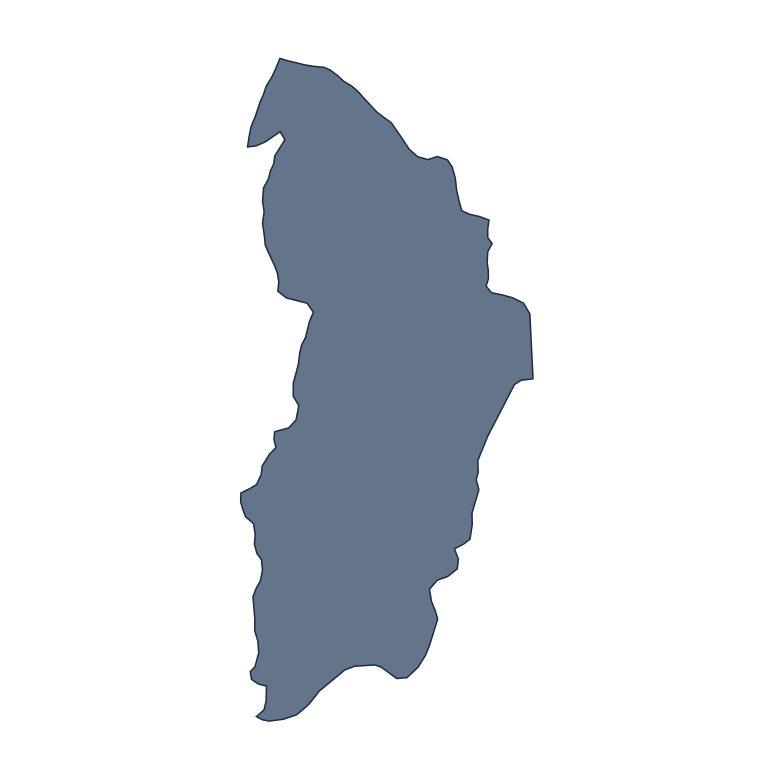 Ibirarema, São Paulo, Brazil (orthographic projection), rotated 357°
{"feature_id": "56859067B25335927627564", "entity_name": "Ibirarema", "entity_type": "district", "adm_level": 2, "iso_a3": "BRA", "parent_name": "Brazil", "parent_adm1": "São Paulo", "projection": "orthographic", "projection_center": [-50.087, -22.811], "detail": "fine", "context": "isolated", "style": "filled", "palette": "slate", "viewbox_px": 768, "rotation_deg": 357, "n_neighbors": 0, "source": "geoboundaries", "source_scale": "gbopen_adm2", "svg_char_len": 2085}
<svg xmlns="http://www.w3.org/2000/svg" viewBox="0 0 768 768"><g transform="rotate(357 384 384)"><path d="M297.1,53.4L292.6,63.0L288.4,70.9L281.8,80.8L278.5,89.2L275.2,95.5L269.4,110.2L264.5,120.6L262.0,131.0L260.1,140.1L268.5,139.6L278.5,135.8L293.4,126.6L297.8,134.8L291.7,143.6L286.9,150.5L285.4,158.3L281.8,165.2L279.2,173.4L274.0,181.7L272.3,194.9L273.3,205.8L271.1,217.1L272.3,230.1L272.7,239.3L276.5,249.2L280.7,259.5L283.3,267.4L284.3,276.7L282.8,285.8L291.0,292.9L302.4,296.5L311.5,299.3L317.2,308.7L312.5,318.6L308.1,333.3L303.7,340.9L301.5,348.5L299.4,360.1L296.8,368.3L293.5,378.2L292.7,391.3L297.8,401.2L294.3,415.2L286.6,422.8L272.3,425.9L271.2,433.4L272.7,441.8L266.0,448.1L258.1,459.3L256.6,468.1L251.4,477.8L244.1,481.6L235.4,485.4L234.7,494.2L236.4,501.7L238.7,509.3L246.4,516.5L247.5,527.7L246.2,537.1L248.2,546.5L252.5,553.3L252.9,563.7L250.1,574.4L246.0,580.7L242.0,589.5L242.4,602.5L242.7,611.8L242.0,623.6L244.6,634.4L244.8,645.9L240.4,659.5L235.4,664.3L236.2,672.0L242.7,677.0L250.8,679.6L249.7,694.3L247.1,703.1L239.2,709.5L245.0,713.0L252.1,714.6L266.1,713.5L279.3,709.8L286.9,704.2L292.7,699.4L303.4,687.2L330.1,667.4L340.0,664.3L360.1,664.1L366.4,666.6L381.2,678.8L391.5,678.5L403.2,668.6L411.3,657.0L415.7,647.6L425.3,621.6L423.4,613.4L420.1,603.8L418.6,591.4L427.0,582.7L437.4,579.6L447.5,572.5L449.1,562.6L445.7,552.3L455.5,547.8L461.8,543.4L464.8,528.8L465.1,517.6L469.1,506.2L473.2,494.7L471.1,484.3L473.5,477.1L473.6,465.6L484.9,441.5L514.2,391.4L521.2,387.4L533.1,386.6L533.3,321.5L527.5,310.5L516.4,304.4L505.8,300.9L496.2,298.5L491.1,291.7L493.8,284.2L494.1,276.3L493.4,268.2L494.5,257.5L499.3,249.3L495.3,243.3L495.6,235.4L497.4,225.8L488.3,221.8L478.4,219.0L470.7,215.0L468.6,205.1L466.7,194.4L466.0,182.5L463.5,171.0L459.1,163.5L449.1,159.6L439.5,162.2L429.4,158.7L421.4,150.8L415.1,139.9L410.0,131.7L405.1,123.7L396.4,116.6L391.0,111.9L385.9,105.9L378.9,97.5L373.7,90.9L367.9,85.2L359.7,79.6L353.9,73.7L346.9,67.8L340.7,64.6L329.8,63.0L320.9,61.0L313.6,58.7L305.9,56.5L297.1,53.4Z" fill="#64748b" stroke="#1e293b" stroke-width="1.5"/></g></svg>